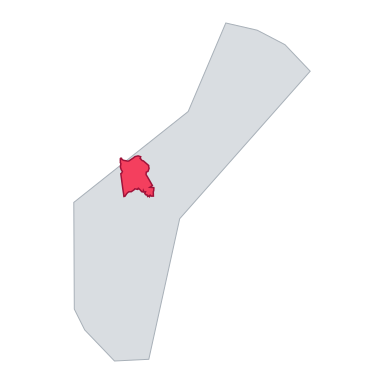 location of Asan, Guam
{"feature_id": "77769853B60030225466541", "entity_name": "Asan", "entity_type": "district", "adm_level": 2, "iso_a3": "GUM", "parent_name": "Guam", "parent_adm1": "", "projection": "robinson", "projection_center": [144.726, 13.457], "detail": "fine", "context": "in_parent", "style": "filled", "palette": "rose", "viewbox_px": 384, "rotation_deg": 0, "n_neighbors": 0, "source": "geoboundaries", "source_scale": "gbopen_adm2", "svg_char_len": 1207}
<svg xmlns="http://www.w3.org/2000/svg" viewBox="0 0 384 384"><path d="M148.8,359.3L114.5,361.0L84.7,329.9L74.3,309.1L73.8,202.4L188.2,111.5L225.8,23.0L257.2,30.2L285.0,44.7L310.2,71.2L179.7,218.7L148.8,359.3Z" fill="#d9dde1" stroke="#a8b0b8" stroke-width="1"/><path d="M138.1,155.9L135.0,156.6L133.5,157.8L133.1,158.1L128.8,161.0L127.5,161.1L125.6,160.7L123.4,160.3L121.8,159.3L121.6,158.4L121.0,158.1L120.4,158.5L120.3,160.1L120.4,162.4L120.3,162.6L120.9,163.7L120.4,167.0L121.2,169.7L122.4,171.5L121.6,173.2L121.2,173.4L120.8,173.7L121.3,177.5L122.4,185.7L122.7,188.1L123.6,193.9L123.7,194.9L123.9,196.5L124.9,196.3L126.9,193.4L128.7,191.8L131.3,191.7L134.3,189.6L134.9,188.8L137.7,189.4L138.3,188.9L137.9,187.8L139.9,189.6L141.7,191.7L143.2,192.0L143.4,190.7L144.0,192.0L145.5,191.8L144.8,193.6L146.0,194.9L146.9,194.8L147.7,196.5L149.0,195.8L149.4,196.6L150.2,195.2L151.1,196.1L153.4,196.1L153.3,191.7L153.7,190.8L153.9,188.0L153.8,187.6L149.9,187.3L152.4,185.5L147.6,177.1L146.1,174.7L146.1,174.0L146.3,172.1L148.0,171.4L149.1,168.3L148.7,166.8L148.7,165.5L143.4,160.9L142.2,160.6L141.0,159.4L141.0,159.1L140.1,158.5L140.7,156.7L138.1,155.9Z" fill="#f43f5e" stroke="#9f1239" stroke-width="1.5"/></svg>